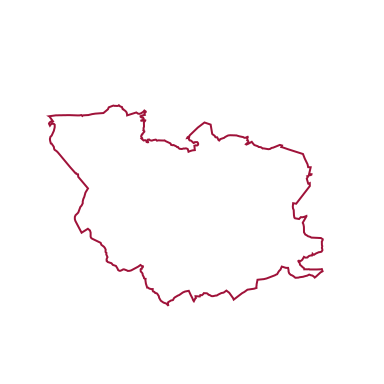 the district of Acuitzio, Michoacán, Mexico, rotated 64°
{"feature_id": "50627088B81334633905607", "entity_name": "Acuitzio", "entity_type": "district", "adm_level": 2, "iso_a3": "MEX", "parent_name": "Mexico", "parent_adm1": "Michoacán", "projection": "natural_earth1", "projection_center": [-101.348, 19.472], "detail": "fine", "context": "isolated", "style": "outline", "palette": "rose", "viewbox_px": 384, "rotation_deg": 64, "n_neighbors": 0, "source": "geoboundaries", "source_scale": "gbopen_adm2", "svg_char_len": 6025}
<svg xmlns="http://www.w3.org/2000/svg" viewBox="0 0 384 384"><g transform="rotate(64 192 192)"><path d="M180.2,309.1L179.4,301.7L181.8,300.6L184.0,300.9L187.7,302.7L188.9,302.8L190.1,302.3L197.6,296.4L199.7,296.6L202.7,295.1L204.5,294.8L206.1,294.9L207.1,295.6L208.2,296.0L209.2,295.6L210.5,296.4L213.5,296.5L214.5,297.8L215.6,298.6L216.2,298.5L216.6,298.9L218.0,298.4L220.7,295.6L222.8,295.1L225.1,292.8L228.0,292.5L229.7,292.6L230.3,292.3L231.1,291.6L231.4,290.9L231.5,289.3L231.4,288.5L231.4,287.7L231.8,286.9L233.8,285.0L234.8,284.3L235.5,282.6L235.8,281.0L235.5,273.1L235.0,270.3L236.3,269.7L237.3,268.7L238.1,269.3L238.5,270.6L239.0,270.9L238.8,271.6L239.0,272.1L240.4,272.7L241.0,272.9L242.4,272.4L243.6,272.2L245.1,272.7L247.4,272.6L248.5,272.9L249.3,272.5L249.7,271.8L251.0,272.6L254.2,273.6L258.3,274.2L258.6,273.5L260.1,272.7L260.7,272.0L261.7,270.7L262.0,269.9L263.5,270.6L264.4,270.5L265.3,269.6L266.7,269.3L267.4,268.3L268.0,267.9L268.4,267.8L271.0,267.5L272.7,267.9L276.0,267.7L278.9,266.1L281.0,264.0L284.0,263.0L282.7,262.9L281.5,262.5L280.6,261.7L280.3,258.4L280.7,256.9L280.7,256.3L279.6,254.9L279.2,253.7L278.9,250.1L279.0,248.6L278.3,244.3L278.4,241.9L279.4,238.2L284.0,238.3L287.5,238.2L290.0,238.4L291.0,238.2L289.2,235.8L289.1,235.1L287.2,234.5L289.3,230.8L288.3,229.7L288.8,229.0L289.1,228.3L288.7,226.7L288.1,225.7L289.6,223.0L290.7,222.4L291.6,222.2L292.2,221.4L294.1,220.1L294.8,218.9L295.5,216.0L295.9,215.2L295.7,213.1L295.7,209.9L296.3,207.7L295.7,204.3L298.9,202.7L305.4,201.6L307.0,201.7L304.9,191.3L304.8,188.8L304.1,185.0L306.1,178.7L306.5,176.1L305.2,175.6L304.4,175.0L303.3,174.4L299.6,171.6L301.8,165.6L302.4,162.9L303.2,154.0L303.1,152.8L303.2,151.5L301.7,149.3L301.0,148.0L300.6,146.6L298.4,144.0L301.3,140.9L302.3,138.9L304.6,139.5L305.9,140.1L307.8,140.3L309.7,139.6L310.8,138.6L312.0,137.8L314.4,136.7L315.6,133.9L315.8,132.6L316.9,129.3L317.1,127.9L317.7,124.9L317.6,122.9L319.0,121.6L319.9,120.4L321.6,119.5L322.7,119.2L322.4,117.7L320.6,111.7L320.5,109.4L318.2,109.1L318.0,110.0L316.2,114.1L313.1,120.4L312.7,120.6L312.0,122.4L311.3,123.6L310.7,125.0L310.2,124.8L309.0,124.9L308.4,125.4L306.4,126.1L304.8,126.8L301.8,126.1L301.6,126.3L301.6,126.7L301.0,126.7L300.9,126.4L300.6,126.4L300.6,126.0L301.5,125.6L301.6,123.8L301.2,122.5L299.4,119.8L300.6,119.0L301.4,117.2L301.4,116.7L301.0,115.9L300.8,114.6L301.2,112.7L301.7,112.1L301.4,111.6L301.0,111.4L300.8,110.9L300.5,110.7L301.1,110.5L301.9,110.0L301.6,107.7L301.7,104.4L302.1,103.4L302.4,101.8L301.6,100.4L300.4,99.9L299.2,99.8L297.7,98.6L296.9,98.6L293.4,97.0L292.7,95.9L291.8,95.2L289.9,96.3L285.3,104.7L284.1,105.5L282.5,107.2L281.3,107.8L279.9,108.8L277.3,109.0L272.4,106.7L269.8,106.0L268.3,106.0L267.8,105.4L264.0,99.8L263.7,99.7L263.6,101.6L263.1,103.9L262.3,105.2L263.2,107.6L260.8,110.9L259.9,111.2L257.7,110.6L252.8,108.5L251.0,108.4L249.3,107.8L246.4,106.0L248.2,103.5L238.3,83.5L235.7,82.3L235.7,83.7L235.5,83.9L230.3,83.0L229.2,81.3L228.4,81.4L228.6,80.4L228.3,79.2L228.8,78.1L228.8,77.1L228.4,76.8L227.2,78.9L221.8,74.5L220.6,76.7L217.7,76.0L211.4,76.0L206.5,75.6L195.7,86.9L191.3,91.3L190.8,92.0L189.7,90.7L188.2,92.4L187.7,99.6L187.3,101.1L187.5,103.1L187.0,104.6L184.2,108.5L183.8,109.5L183.2,109.7L181.9,110.5L180.7,112.4L179.7,112.8L177.1,115.4L174.8,116.0L173.1,116.3L173.3,120.3L173.2,122.3L172.7,122.6L172.3,121.2L172.2,119.5L170.8,119.2L169.9,119.7L169.6,119.2L167.8,118.9L167.4,118.0L167.1,117.8L166.8,117.8L166.7,119.1L166.9,119.7L166.2,121.2L165.1,121.9L162.8,124.9L160.6,127.3L157.7,132.8L157.1,134.5L157.0,135.2L157.1,138.1L157.4,139.4L156.9,143.2L157.1,144.7L158.4,144.6L156.9,145.4L153.9,145.4L153.3,146.6L153.0,146.9L151.4,147.0L149.0,148.3L148.4,148.3L139.6,145.7L135.0,150.3L136.6,158.4L140.0,169.0L140.7,170.0L140.8,171.9L141.4,172.7L141.7,171.7L142.1,171.5L142.2,171.1L142.7,171.5L143.4,171.7L144.6,171.5L145.0,170.7L146.0,170.1L148.7,169.1L148.7,168.2L148.4,167.9L148.6,167.3L149.4,165.5L150.1,165.2L151.0,165.2L151.9,165.6L152.4,166.3L152.4,167.1L151.6,168.4L151.5,169.6L155.6,171.1L154.8,173.3L154.4,175.6L154.3,177.5L151.6,177.0L151.0,177.4L150.1,178.3L149.6,179.9L149.2,180.5L149.0,181.8L148.7,182.7L147.6,184.3L146.5,184.8L145.5,184.9L145.1,185.7L144.1,186.1L141.7,188.0L141.5,188.8L140.5,190.1L140.1,190.2L139.3,190.0L138.7,190.2L134.5,193.6L133.6,194.0L133.3,194.9L132.3,196.9L130.9,199.4L130.5,201.0L129.3,201.4L129.0,201.7L128.4,204.0L128.2,205.6L127.2,207.0L126.1,207.4L125.6,208.7L126.1,209.3L128.0,209.7L127.9,210.1L127.2,210.9L125.7,210.7L125.3,210.9L124.8,211.6L124.5,212.9L123.1,213.5L121.7,214.0L121.6,213.2L120.5,213.4L119.6,213.3L118.3,211.8L118.5,211.4L117.8,210.5L116.9,208.4L116.4,208.2L115.3,208.7L114.8,208.1L114.2,208.0L113.0,207.3L112.6,206.8L112.0,206.4L108.3,204.7L107.3,202.7L107.1,202.6L106.8,203.0L106.0,205.9L105.6,206.3L105.4,206.1L105.6,205.4L105.7,204.7L104.9,203.3L103.8,203.3L102.9,204.7L101.9,205.2L101.3,205.0L101.5,202.7L102.0,200.6L100.8,200.5L100.3,199.8L99.9,198.6L99.4,198.3L97.9,199.1L98.5,200.4L98.7,201.4L98.9,203.3L98.8,204.7L98.0,206.1L96.1,207.2L94.7,216.7L94.0,216.4L91.9,215.9L90.7,216.1L89.4,216.6L88.2,217.3L87.6,217.4L87.2,218.0L86.2,217.8L85.7,217.9L85.0,217.7L84.6,218.2L83.8,218.7L83.2,219.3L82.0,219.7L82.2,220.4L82.0,221.2L80.6,223.9L79.9,224.7L79.8,225.3L79.4,229.7L80.8,231.3L82.2,237.0L79.2,244.5L78.2,247.7L77.4,251.4L75.3,256.4L75.6,257.2L74.3,257.8L73.8,259.6L72.5,262.2L69.1,268.6L63.4,280.8L61.3,287.2L61.6,287.0L67.6,286.0L67.6,286.6L67.5,287.3L66.9,287.6L66.9,288.6L67.2,289.7L67.9,290.6L70.1,290.6L69.4,289.3L69.2,288.5L69.6,287.2L70.2,286.3L71.3,285.9L73.6,287.0L76.5,289.4L79.8,293.4L80.3,295.0L82.1,296.5L83.9,297.1L86.5,297.6L86.9,297.0L90.7,296.4L93.0,297.0L93.8,297.0L95.9,295.8L97.6,295.2L116.4,290.6L124.3,288.4L124.5,287.8L125.1,287.8L125.8,287.4L126.2,286.7L128.5,287.6L143.2,283.9L145.8,288.0L149.1,290.9L150.6,292.7L152.5,294.3L154.3,295.2L155.8,297.2L156.5,298.9L160.6,303.2L161.2,304.8L161.8,306.8L163.0,308.2L165.0,309.2L166.9,309.5L180.2,309.1Z" fill="none" stroke="#9f1239" stroke-width="2"/></g></svg>